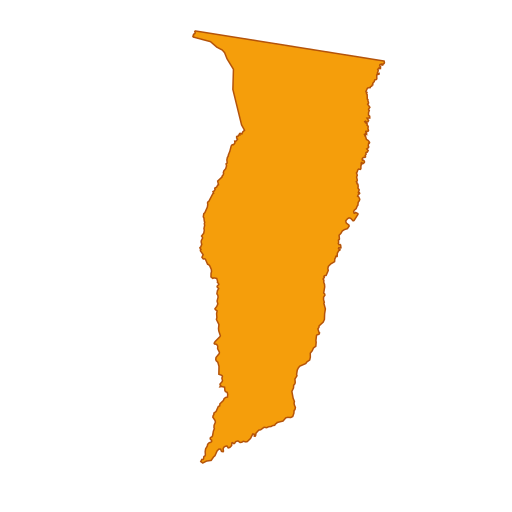 Sapezal, Mato Grosso, Brazil (Mercator projection), rotated 189°
{"feature_id": "56859067B20407124010543", "entity_name": "Sapezal", "entity_type": "district", "adm_level": 2, "iso_a3": "BRA", "parent_name": "Brazil", "parent_adm1": "Mato Grosso", "projection": "mercator", "projection_center": [-58.676, -12.959], "detail": "fine", "context": "isolated", "style": "filled", "palette": "amber", "viewbox_px": 512, "rotation_deg": 189, "n_neighbors": 0, "source": "geoboundaries", "source_scale": "gbopen_adm2", "svg_char_len": 6091}
<svg xmlns="http://www.w3.org/2000/svg" viewBox="0 0 512 512"><g transform="rotate(189 256 256)"><path d="M278.4,44.3L276.2,43.2L272.8,45.7L268.3,47.1L266.4,51.0L265.3,52.3L263.9,57.5L262.4,59.5L260.8,59.7L259.5,57.6L257.9,57.5L257.6,58.2L258.3,60.4L257.9,62.0L256.6,63.2L255.0,63.8L253.4,62.1L251.9,62.8L250.4,65.0L250.6,67.6L249.9,68.0L248.7,67.2L247.9,67.5L247.0,69.5L244.9,70.5L242.5,69.3L240.8,69.9L239.6,71.0L237.0,70.8L235.6,71.3L232.9,74.9L231.3,79.8L229.9,79.7L229.5,77.8L228.7,77.8L228.3,78.5L228.3,81.0L226.1,84.4L224.2,85.1L221.2,88.1L218.6,88.1L216.7,89.4L214.5,89.9L213.0,91.1L211.1,91.7L210.4,93.3L209.4,94.0L209.2,94.8L203.5,97.2L201.3,100.8L199.4,101.6L196.4,101.9L194.6,103.2L194.0,106.6L194.2,109.5L193.5,110.3L193.4,112.6L194.7,114.7L195.4,116.6L195.3,118.3L197.1,121.4L199.4,127.9L198.3,131.6L198.6,134.2L197.6,135.9L197.5,137.3L198.3,140.6L196.8,144.1L197.4,145.4L197.4,149.7L196.8,151.8L195.6,154.0L190.0,157.6L189.2,159.3L186.7,161.7L186.5,164.6L187.2,168.5L185.7,171.1L184.8,174.2L182.8,176.2L183.1,180.3L183.6,181.8L183.8,186.9L183.4,187.7L181.6,188.5L181.2,190.0L181.8,190.4L183.5,193.7L182.7,195.3L182.7,196.9L179.3,201.2L178.5,204.1L179.2,209.7L179.2,214.6L181.6,219.9L181.3,220.9L182.5,223.5L182.8,226.0L181.8,228.1L182.3,229.3L183.4,230.0L183.3,236.2L183.9,238.7L185.0,240.6L185.2,242.8L185.9,243.3L186.0,244.4L185.3,245.1L185.2,245.8L185.7,246.3L185.4,247.2L183.7,247.8L182.6,252.1L182.4,253.2L183.1,254.8L182.9,257.1L181.0,259.8L177.5,262.7L177.7,265.7L177.0,267.1L177.2,267.9L176.8,268.5L175.8,268.4L176.1,271.6L175.0,274.4L174.2,274.7L174.1,275.7L174.9,275.6L175.7,276.3L175.5,277.2L173.4,277.5L174.1,280.0L174.8,280.5L175.7,280.1L176.7,281.2L176.5,282.4L177.1,284.5L176.9,285.1L176.3,285.3L176.3,286.1L177.2,289.5L175.7,291.6L174.7,294.2L172.8,295.9L170.0,297.3L168.7,300.0L169.0,301.0L172.0,302.7L172.9,304.7L171.4,307.2L170.0,308.3L168.2,307.9L165.6,305.9L164.7,306.4L161.8,313.1L162.0,313.8L164.4,314.6L165.2,313.6L165.9,313.7L166.5,315.0L166.1,316.6L164.5,318.4L163.9,321.1L163.3,322.1L163.5,324.9L162.6,326.8L162.4,328.3L163.8,330.4L165.0,330.9L164.8,332.1L163.4,334.0L163.7,334.6L164.5,334.1L164.9,334.7L164.4,337.5L165.9,339.0L166.0,340.9L166.6,342.9L167.6,343.2L167.6,344.0L168.5,345.1L167.9,345.8L167.8,346.7L169.0,349.7L168.6,351.6L169.8,353.8L169.2,354.9L169.0,356.7L168.3,357.9L166.4,357.9L166.1,358.7L166.5,361.8L165.8,363.3L166.6,363.5L166.5,364.9L165.9,364.9L165.5,364.1L164.6,364.1L163.6,365.3L163.6,366.1L164.3,367.1L165.1,367.5L165.8,367.2L166.3,368.2L166.2,369.0L165.2,370.2L163.7,370.5L163.3,371.1L163.9,372.3L163.2,373.5L163.6,375.2L163.2,375.8L162.3,376.0L161.7,377.7L163.4,379.1L161.8,380.7L161.8,381.6L162.4,382.2L162.4,385.0L161.7,385.2L161.6,386.0L163.1,387.5L165.2,388.5L166.9,392.1L167.2,391.1L167.4,392.4L167.8,392.9L166.8,393.1L167.4,393.3L167.2,393.9L165.9,394.2L166.0,395.0L166.4,395.7L167.0,395.7L167.1,396.3L164.8,396.8L164.5,397.6L165.4,399.4L165.4,401.3L165.8,402.0L166.7,402.4L166.9,404.0L168.6,404.7L169.6,405.8L169.0,406.3L167.7,405.5L166.5,406.0L166.0,407.4L167.9,409.5L165.2,410.1L165.6,411.9L166.8,412.6L167.0,413.2L167.3,415.2L166.9,417.5L167.6,417.9L167.8,418.7L166.8,420.7L169.5,423.4L168.8,424.5L168.9,425.3L169.7,426.6L169.9,428.0L170.6,428.3L171.5,432.9L172.3,433.5L172.0,434.9L172.6,434.9L173.2,435.6L172.3,438.9L171.7,439.6L169.5,440.2L169.5,441.0L168.2,442.0L168.1,442.9L167.4,443.3L167.7,444.8L166.5,446.8L166.3,448.5L164.7,449.2L164.4,449.9L165.1,453.8L162.9,454.9L163.0,455.6L164.2,455.0L164.8,455.5L164.3,457.9L164.4,458.7L165.0,459.3L163.8,461.1L163.3,460.4L162.4,460.6L162.6,462.5L163.6,463.4L163.5,464.5L161.9,465.3L161.4,464.2L160.6,464.5L160.3,465.8L159.6,466.1L159.4,467.1L160.0,468.6L351.1,468.8L351.6,468.3L351.0,467.0L351.2,466.1L352.2,465.4L352.6,464.1L352.1,463.6L352.6,462.8L352.0,462.4L334.5,460.6L327.3,456.1L321.6,454.2L318.8,451.9L315.5,446.3L307.5,436.9L304.9,416.9L290.8,383.3L287.0,378.4L288.5,376.5L289.1,374.3L290.9,374.7L291.4,374.2L290.8,373.1L292.2,372.7L292.5,371.4L293.8,371.0L293.6,369.5L292.5,368.5L293.5,366.7L294.2,366.1L295.0,366.1L294.5,364.4L295.6,362.4L296.9,362.2L297.7,360.8L298.2,355.5L299.2,351.1L298.9,350.5L299.7,348.9L299.8,346.3L299.0,343.4L300.0,342.3L299.2,340.5L299.6,337.5L301.1,335.0L301.3,333.1L300.9,332.5L301.1,331.0L302.0,329.5L301.8,328.9L305.6,324.0L304.2,320.5L304.9,320.1L305.8,317.6L307.0,317.1L307.3,316.3L306.8,315.6L307.4,313.8L308.6,312.9L307.7,311.3L308.4,310.7L311.1,302.7L311.9,302.0L312.2,300.9L311.7,299.4L311.7,296.7L313.3,290.8L314.2,289.6L314.2,286.4L313.4,285.5L312.5,282.3L311.9,281.3L312.1,279.8L311.5,278.3L311.7,275.0L311.1,273.4L311.2,270.3L312.9,267.2L311.8,266.1L311.6,265.1L312.4,262.8L312.4,261.4L311.4,258.9L312.1,256.0L312.7,255.6L312.5,254.9L311.4,254.0L311.9,253.2L311.6,252.3L308.4,249.0L309.2,246.3L307.6,244.8L306.3,245.2L305.4,244.8L302.5,240.2L301.7,240.2L300.2,239.1L298.0,235.7L297.5,233.6L297.7,231.9L297.2,228.3L295.2,227.1L294.1,227.8L291.3,227.7L290.0,225.1L290.0,223.9L288.8,223.1L288.3,222.0L289.6,220.2L289.6,219.4L287.8,218.0L288.7,215.6L288.7,212.5L287.6,211.3L287.0,209.5L287.4,205.4L286.2,202.7L286.9,200.0L288.3,197.5L287.9,196.8L285.8,195.7L285.9,192.8L285.0,189.1L285.2,187.2L281.9,182.5L281.7,178.5L281.1,176.3L278.7,171.6L279.0,170.7L283.0,165.1L283.7,163.3L283.2,162.6L281.1,162.6L280.4,161.8L279.7,161.0L279.4,158.4L277.1,155.3L277.0,154.0L279.6,149.6L279.6,147.7L279.0,146.4L277.1,145.1L275.3,141.2L274.2,133.4L271.7,132.9L270.7,132.5L270.3,131.6L270.6,130.1L269.6,127.7L269.7,126.8L271.5,123.9L271.4,123.2L270.6,122.6L271.1,121.2L269.4,121.7L266.5,121.5L265.7,118.3L265.0,117.3L263.1,116.8L262.3,114.9L262.1,112.2L263.9,111.5L265.2,110.1L265.6,108.2L268.5,104.4L268.4,102.3L269.7,101.5L271.1,96.2L273.0,94.3L272.8,93.0L273.4,91.4L273.4,90.0L270.6,87.0L270.1,85.4L270.9,82.3L270.7,80.1L270.1,78.9L270.7,76.4L270.8,71.7L271.1,70.7L272.6,69.5L272.7,68.6L272.3,67.7L271.1,67.2L270.8,65.8L271.7,64.8L273.0,64.3L274.3,62.5L274.4,60.6L275.6,57.7L275.6,54.9L274.9,51.6L275.1,50.6L276.1,49.8L276.1,47.3L276.5,46.7L277.7,46.6L278.4,44.3Z" fill="#f59e0b" stroke="#b45309" stroke-width="1.5"/></g></svg>